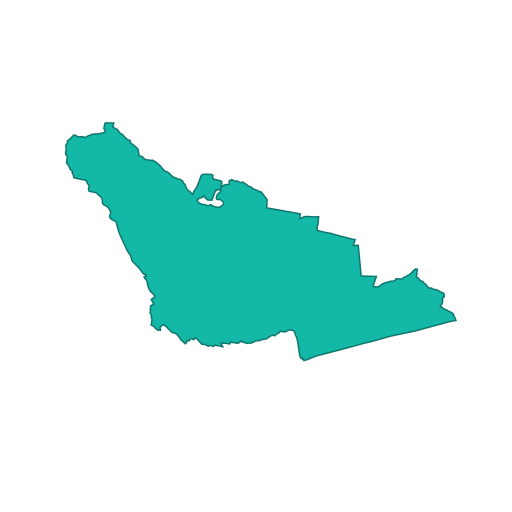 the district of Carligele, Vrancea, Romania, rotated 12°
{"feature_id": "2599482B24522284823020", "entity_name": "Carligele", "entity_type": "district", "adm_level": 2, "iso_a3": "ROU", "parent_name": "Romania", "parent_adm1": "Vrancea", "projection": "natural_earth1", "projection_center": [27.055, 45.686], "detail": "fine", "context": "isolated", "style": "filled", "palette": "teal", "viewbox_px": 512, "rotation_deg": 12, "n_neighbors": 0, "source": "geoboundaries", "source_scale": "gbopen_adm2", "svg_char_len": 6080}
<svg xmlns="http://www.w3.org/2000/svg" viewBox="0 0 512 512"><g transform="rotate(12 256 256)"><path d="M353.8,224.3L348.9,225.5L349.6,219.4L346.1,219.5L328.2,218.7L325.9,218.5L325.8,218.3L317.9,218.5L310.3,218.3L309.8,213.6L310.0,212.0L309.1,204.5L308.0,204.7L305.3,205.6L297.6,206.7L295.1,207.5L291.0,210.4L290.5,205.6L256.4,206.7L255.2,198.8L254.8,198.2L247.9,192.4L247.1,192.0L246.4,192.6L245.5,192.4L244.7,191.7L243.7,191.4L241.7,191.5L241.0,191.1L239.1,190.9L236.7,189.5L234.7,189.4L230.2,187.4L227.2,186.4L225.9,187.6L225.3,187.8L224.6,187.2L221.5,186.5L220.7,187.2L219.7,187.2L217.1,186.4L216.3,186.4L216.2,186.8L214.5,187.6L214.2,188.1L214.3,188.8L215.0,191.1L215.0,191.7L212.8,192.0L209.8,193.4L210.0,194.2L207.7,194.3L207.5,197.7L207.6,198.6L208.0,199.6L207.5,201.1L205.8,203.1L205.2,204.8L205.1,207.7L205.4,208.3L206.0,208.7L207.3,208.7L209.1,208.2L210.3,208.6L212.3,209.7L213.5,211.5L213.0,213.0L210.1,216.0L207.3,216.4L204.3,216.3L202.0,215.6L201.3,215.1L200.4,215.6L198.8,216.9L194.9,216.4L192.4,216.6L190.2,216.3L188.1,215.3L186.8,213.5L188.3,211.6L190.4,210.2L191.6,209.7L192.1,207.7L193.5,208.8L194.1,209.5L195.1,210.2L195.7,210.3L196.0,210.8L196.7,211.2L198.0,211.2L201.3,210.5L202.8,200.3L203.8,200.2L203.9,199.2L207.3,198.8L207.4,192.3L207.2,190.8L206.7,190.2L206.3,189.9L198.3,189.6L197.1,187.6L197.1,186.1L195.7,185.6L194.6,185.4L193.1,186.1L191.4,186.0L188.2,187.1L187.5,187.2L187.1,187.0L185.6,188.8L184.8,195.3L183.8,200.4L183.3,202.2L182.1,204.9L181.4,207.4L181.4,208.9L180.9,208.9L179.8,208.4L178.5,207.0L175.5,205.7L174.5,204.8L173.2,203.2L172.7,202.8L172.5,201.6L171.5,200.7L169.8,199.8L169.4,199.2L169.3,198.7L168.6,198.0L167.2,197.3L165.4,196.8L163.6,196.9L161.5,196.4L158.2,195.8L156.4,194.8L153.3,192.7L151.1,192.1L148.9,191.9L147.4,190.6L146.0,189.8L144.0,188.0L139.7,185.5L137.4,184.5L134.6,183.8L133.5,184.3L128.6,184.7L126.7,184.3L123.7,182.3L122.4,182.5L121.0,182.2L119.4,178.6L118.6,176.3L116.3,174.6L112.0,172.4L109.6,171.4L109.5,170.7L108.8,169.3L108.4,169.0L107.0,169.1L104.1,167.8L103.3,167.4L100.4,165.0L97.7,164.2L95.4,162.4L94.4,161.2L92.7,160.8L89.2,159.5L89.2,155.5L87.9,155.9L86.4,156.0L83.8,156.6L82.1,156.8L81.3,157.2L81.1,157.6L80.7,157.6L80.6,162.5L81.1,163.4L82.2,164.6L82.5,165.5L82.0,166.6L81.2,167.3L75.4,169.6L73.8,169.9L71.7,170.7L70.5,170.8L69.2,172.1L67.1,173.2L64.2,175.6L61.1,175.4L57.4,176.5L56.9,176.5L54.4,175.5L53.3,175.5L52.7,175.6L51.2,177.8L50.1,179.7L47.5,182.7L48.0,183.3L48.2,184.2L47.9,185.0L47.1,186.4L47.0,186.9L47.3,188.2L47.9,189.8L48.4,191.8L48.4,192.5L48.2,193.7L48.6,194.8L48.5,195.0L48.5,195.6L48.8,196.2L50.9,198.1L51.0,200.5L51.3,202.8L51.2,204.3L54.1,206.7L54.9,207.9L55.1,208.4L57.1,210.6L58.3,210.8L58.8,211.2L58.9,211.6L58.8,212.6L60.9,215.4L61.3,217.0L62.4,217.3L66.7,217.4L72.5,217.3L74.2,217.5L76.2,220.2L77.4,221.1L77.7,221.9L78.6,222.6L78.6,223.1L78.1,224.1L78.2,225.0L78.4,225.8L79.1,227.2L80.9,227.4L84.8,227.2L86.6,227.5L87.4,227.7L89.4,229.2L91.5,230.1L93.1,231.5L93.7,232.6L94.3,233.9L94.7,235.9L95.2,236.7L96.6,237.7L98.8,238.1L99.7,238.5L101.6,239.7L103.8,241.8L104.9,243.5L104.5,246.8L104.8,248.2L105.5,249.2L106.9,250.1L112.1,251.6L113.1,253.8L116.4,260.2L119.5,264.9L128.9,277.5L132.0,280.6L132.8,281.1L135.5,285.9L136.9,287.5L138.7,288.4L141.0,290.1L144.5,292.3L147.7,295.3L150.0,297.0L152.6,297.2L153.0,298.7L152.8,298.9L151.7,299.0L150.9,299.5L151.1,300.3L154.1,302.7L155.1,304.2L155.8,306.5L158.3,310.6L159.5,311.9L161.0,313.1L164.4,315.3L165.7,316.8L162.6,320.2L163.8,321.9L166.0,324.3L163.3,326.6L163.3,327.5L164.3,332.9L164.1,333.5L164.4,334.1L166.0,335.2L166.0,336.4L166.3,337.4L166.8,338.6L167.4,339.4L167.8,342.7L167.7,344.0L167.9,345.4L171.2,346.1L171.6,347.1L174.1,348.2L174.8,348.9L175.8,348.9L176.8,348.6L177.9,348.6L178.1,348.4L176.9,346.0L179.1,342.5L179.9,342.8L180.9,342.9L182.5,343.5L186.1,345.9L188.4,347.3L189.6,348.2L192.4,348.3L194.1,348.7L197.3,350.9L199.8,353.5L205.1,356.5L205.3,356.3L206.1,354.9L206.2,353.8L206.2,353.1L208.2,352.8L209.0,350.8L209.6,350.4L212.9,350.6L213.0,349.3L214.1,348.6L214.7,348.8L220.8,353.2L221.5,353.5L224.3,353.1L228.1,354.2L228.7,353.5L229.7,353.1L230.6,353.0L233.3,353.4L234.0,351.8L239.5,351.6L242.3,351.7L240.9,350.0L240.1,348.6L244.0,347.7L248.6,347.5L248.9,346.4L249.1,345.4L251.2,345.5L252.8,345.2L255.5,345.4L256.5,345.0L257.8,344.1L258.1,343.8L258.2,343.0L258.5,342.2L258.8,342.0L259.2,342.0L260.2,342.8L261.0,343.2L261.8,342.7L264.4,343.4L265.4,343.4L267.3,342.5L269.2,342.3L271.8,340.6L272.5,339.7L273.4,339.2L277.9,337.6L278.3,337.0L279.5,336.4L283.9,334.6L285.0,333.2L287.6,330.6L289.7,329.9L290.6,330.1L291.2,330.0L291.5,329.6L291.6,329.0L292.2,328.2L295.0,325.9L295.3,324.6L295.6,324.4L299.4,324.4L300.5,324.0L301.9,323.1L302.3,322.4L302.8,322.0L305.9,320.9L306.5,320.9L306.9,321.2L308.8,321.4L309.9,322.9L310.5,324.3L312.9,327.6L314.4,330.7L316.1,334.9L317.0,337.8L319.4,344.1L320.7,346.4L322.0,345.9L322.7,347.3L323.5,347.0L323.8,347.7L324.4,347.9L324.7,348.3L326.3,347.3L327.1,347.1L336.0,341.1L361.6,328.3L382.0,317.8L383.3,317.4L404.8,306.2L427.1,296.3L460.5,279.2L465.0,277.5L462.6,273.9L461.4,273.1L461.4,272.0L461.3,271.8L460.4,271.2L457.7,270.3L455.8,270.0L453.3,268.9L451.5,269.1L450.7,268.4L449.7,268.4L448.8,267.5L446.7,267.0L446.5,266.7L446.6,266.4L447.7,264.9L447.9,264.1L447.9,262.6L448.1,261.4L447.4,260.1L447.4,259.1L448.5,256.5L448.5,255.8L448.4,255.3L447.4,253.5L446.9,253.2L445.6,253.2L441.8,252.0L439.1,251.4L436.7,251.8L434.2,250.8L432.6,251.4L431.3,251.2L430.1,250.0L429.5,249.8L427.7,248.2L425.8,247.6L424.4,246.3L423.8,246.0L422.3,246.2L421.8,245.7L420.4,245.1L419.9,244.1L419.6,243.8L417.4,243.5L417.0,242.9L417.3,240.9L416.8,239.2L416.6,236.2L416.8,235.6L415.0,235.4L413.0,237.7L412.6,238.2L412.1,239.7L410.9,241.0L410.0,242.2L408.5,243.3L407.0,244.9L404.8,246.4L404.0,247.7L403.5,248.0L401.7,248.6L399.5,248.8L397.5,249.3L397.3,249.6L397.2,250.8L396.9,251.2L395.6,252.0L392.9,252.7L389.6,254.6L387.4,255.6L385.3,257.1L382.4,260.4L381.0,261.1L378.2,261.4L377.5,261.6L376.8,260.9L378.0,251.0L363.0,253.7L353.8,224.3Z" fill="#14b8a6" stroke="#0f766e" stroke-width="1.5"/></g></svg>